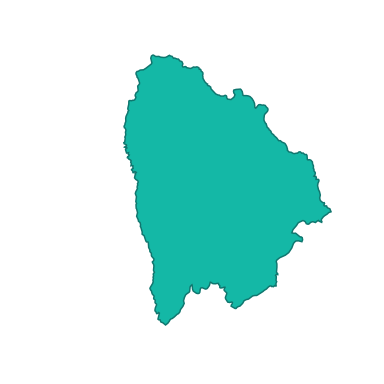 the district of Prata, Minas Gerais, Brazil, rotated 226°
{"feature_id": "56859067B48710486715982", "entity_name": "Prata", "entity_type": "district", "adm_level": 2, "iso_a3": "BRA", "parent_name": "Brazil", "parent_adm1": "Minas Gerais", "projection": "equal_earth", "projection_center": [-48.964, -19.276], "detail": "fine", "context": "isolated", "style": "filled", "palette": "teal", "viewbox_px": 384, "rotation_deg": 226, "n_neighbors": 0, "source": "geoboundaries", "source_scale": "gbopen_adm2", "svg_char_len": 6024}
<svg xmlns="http://www.w3.org/2000/svg" viewBox="0 0 384 384"><g transform="rotate(226 192 192)"><path d="M81.2,278.3L84.2,279.5L86.5,278.5L87.5,278.6L88.1,279.1L88.9,278.9L89.5,278.0L90.2,277.6L91.0,277.8L91.6,279.3L92.5,279.7L93.3,278.8L95.5,278.4L97.0,278.5L99.0,279.7L100.7,282.2L103.8,284.0L105.8,284.6L109.3,286.7L110.8,288.7L111.6,290.7L112.4,291.6L113.4,291.6L114.9,290.0L116.2,291.6L117.1,291.9L117.8,291.1L118.7,290.7L118.8,292.1L119.8,293.7L120.7,294.3L121.8,294.2L122.9,294.8L123.7,295.6L124.6,295.6L126.4,297.5L128.5,298.3L130.0,299.5L132.3,299.6L133.2,299.2L134.0,298.6L134.4,297.8L135.2,297.5L138.5,300.2L139.6,300.3L140.5,299.2L142.9,299.0L143.6,297.9L145.6,297.8L146.5,296.9L146.7,294.7L147.4,294.1L148.5,292.3L149.6,291.5L151.6,291.0L153.3,289.6L155.9,289.6L156.4,290.4L159.1,291.8L161.6,292.5L162.8,292.5L165.3,291.4L167.5,291.2L168.8,290.0L172.2,290.5L175.6,290.2L176.4,290.5L178.4,290.1L179.9,290.3L180.6,290.9L182.2,291.0L183.0,290.7L184.5,291.3L186.2,291.0L189.7,292.8L190.5,292.6L193.4,293.5L194.8,294.7L197.0,297.4L197.4,298.5L197.5,301.2L197.8,302.9L198.6,304.0L199.6,304.6L201.5,304.5L203.4,304.8L204.9,303.9L205.7,302.8L207.6,301.7L208.4,300.6L208.4,299.3L208.0,296.9L208.2,296.0L209.0,295.9L212.3,298.5L214.8,299.5L217.6,300.1L220.3,300.0L221.9,299.3L223.4,298.2L225.5,296.1L226.2,295.9L229.3,297.9L231.4,298.4L232.4,298.3L235.2,294.9L236.3,292.9L235.7,291.9L234.2,290.9L232.2,290.5L231.7,289.6L231.1,288.1L231.4,284.3L234.1,282.1L236.0,282.6L236.8,283.4L237.5,283.5L238.3,283.2L238.8,282.4L239.1,281.3L241.2,279.2L242.8,278.9L243.7,278.1L246.1,277.2L252.6,277.3L253.6,277.6L254.4,278.3L256.3,278.1L257.4,277.4L258.2,277.4L258.8,278.2L259.7,277.8L262.5,277.8L266.3,278.9L267.2,279.8L268.7,280.8L269.2,281.8L270.2,282.6L271.4,282.8L272.4,282.5L273.6,283.2L274.5,283.3L275.2,282.5L276.7,283.3L278.6,282.5L279.6,280.9L280.9,279.9L281.5,277.5L282.2,276.5L285.4,274.4L286.3,274.7L287.0,274.2L287.8,272.7L288.5,272.3L289.5,272.7L290.6,274.5L292.8,275.3L295.1,274.2L296.3,274.6L297.2,274.5L297.9,273.7L300.4,272.6L301.0,271.6L303.4,271.9L304.7,271.0L305.9,270.8L306.4,269.6L306.5,268.4L307.3,266.4L308.4,265.1L310.9,263.0L312.5,262.4L314.7,260.0L317.2,259.4L317.8,258.7L318.0,257.3L316.9,255.3L312.8,252.9L312.3,251.7L313.0,245.1L313.6,242.0L315.5,239.7L315.9,238.8L316.1,237.3L316.9,236.2L316.7,234.8L316.0,233.9L315.0,233.3L314.2,233.3L312.7,232.2L311.9,232.3L310.4,231.8L307.1,230.2L306.2,229.3L305.9,226.5L302.2,223.6L302.0,222.1L302.2,220.8L301.2,218.4L300.4,217.8L299.5,217.7L298.9,217.2L298.5,216.1L298.1,214.8L298.5,213.7L299.2,213.0L299.6,212.0L301.1,210.7L301.3,209.8L299.1,207.5L296.7,203.9L295.7,203.2L294.6,203.1L294.3,201.7L293.7,201.0L292.2,197.1L291.0,195.4L288.8,193.5L287.8,191.4L287.1,190.7L286.5,188.8L285.2,188.0L284.5,188.3L282.8,187.7L282.0,187.0L281.3,185.7L279.4,184.3L278.6,183.1L278.2,181.8L277.3,181.6L274.6,178.2L274.9,177.3L273.9,176.7L271.5,177.6L270.8,177.1L271.2,174.6L270.4,174.9L269.9,175.9L268.9,175.8L269.0,174.6L268.7,173.6L265.5,172.0L264.4,173.7L263.8,172.6L263.0,172.3L262.2,172.6L261.8,171.3L262.1,170.2L261.6,169.3L260.6,169.6L259.5,169.4L257.7,170.0L256.7,169.8L256.0,168.6L254.5,168.1L253.3,166.3L252.7,167.2L251.8,167.7L251.2,166.9L249.8,166.0L250.2,165.1L250.0,163.9L247.9,163.8L247.0,163.0L246.3,163.6L246.4,165.1L244.8,165.6L244.5,163.6L243.7,163.4L243.5,162.5L242.1,160.5L240.1,160.3L238.1,160.8L237.1,160.6L236.3,160.0L236.0,158.7L234.6,157.7L234.3,156.7L233.4,155.7L232.4,155.2L231.1,151.5L230.2,150.1L227.2,148.8L224.2,145.0L222.2,144.1L221.9,143.1L221.3,142.5L219.0,140.5L218.3,140.4L215.0,138.5L213.0,135.3L209.3,134.0L208.2,133.2L206.1,133.4L204.3,132.4L203.0,130.8L202.2,130.7L197.8,128.4L196.3,126.8L193.8,127.2L188.9,124.8L187.7,124.6L186.7,125.6L185.8,125.3L182.1,122.2L179.8,121.5L178.3,120.3L176.2,120.2L174.3,118.5L173.4,118.3L170.3,118.1L169.5,117.2L169.2,116.1L169.3,115.0L168.6,114.5L166.9,114.2L165.3,113.3L162.7,110.2L162.1,109.7L160.4,109.3L159.9,107.1L158.3,106.1L157.8,104.8L156.8,104.4L155.7,102.6L154.7,102.1L153.6,100.3L152.3,95.6L151.8,94.7L150.2,94.1L149.3,94.2L146.4,92.6L143.4,92.4L142.2,90.6L141.4,90.2L140.3,90.5L139.5,90.2L138.4,88.8L137.4,88.4L136.3,88.6L135.4,88.1L134.2,85.3L133.1,83.7L132.2,82.8L131.1,82.9L129.1,82.1L128.5,82.9L128.5,84.3L127.5,84.4L124.2,79.2L123.2,79.3L122.3,80.2L120.2,79.3L118.1,80.2L114.7,80.6L114.4,83.5L114.8,85.8L115.4,87.7L115.2,88.9L114.7,90.0L114.4,92.6L114.4,96.3L113.9,97.8L114.2,100.0L115.4,102.0L116.1,106.1L117.3,109.0L119.6,110.3L121.3,113.1L122.4,115.9L122.4,117.2L121.9,120.2L122.1,121.2L124.9,124.5L125.3,125.5L125.3,127.5L124.6,127.2L121.8,124.9L119.9,124.1L116.1,124.8L114.7,125.8L114.2,126.9L114.4,127.9L116.4,130.5L116.8,131.6L116.2,132.8L112.9,134.2L112.4,134.8L112.0,136.0L112.6,139.4L114.4,142.5L113.2,143.1L112.3,143.0L111.3,143.6L109.7,145.1L108.6,146.9L107.9,147.5L107.0,146.9L105.2,146.9L104.3,145.8L103.4,145.7L102.3,146.8L101.2,149.0L100.5,149.5L99.6,147.4L98.8,146.8L95.4,146.9L94.6,146.2L93.0,142.8L91.9,142.0L88.0,141.2L86.4,142.3L85.3,144.1L84.5,144.4L83.7,143.4L83.4,141.8L82.7,140.8L78.2,142.1L77.6,142.9L77.8,144.1L77.6,145.3L76.6,147.4L76.7,151.0L77.6,154.0L77.0,156.1L75.7,158.3L75.1,163.4L74.1,165.1L72.7,166.6L72.4,167.5L71.1,174.1L71.1,175.6L70.5,178.1L70.6,181.1L70.3,182.7L69.6,183.6L68.8,183.5L68.2,184.2L67.3,184.8L67.3,186.4L66.6,186.5L66.0,187.3L67.8,188.7L68.7,190.7L69.9,190.9L72.0,193.3L73.0,194.1L74.0,194.2L74.1,195.4L73.0,196.3L73.9,197.0L74.9,196.9L75.7,197.1L78.9,200.8L81.3,203.1L83.5,204.3L84.1,205.6L83.8,209.4L81.7,215.3L81.2,219.5L82.4,224.9L84.5,229.3L84.7,231.7L84.5,232.8L82.9,234.7L79.9,236.5L80.7,238.3L82.6,239.6L83.7,239.4L84.3,238.8L85.2,238.5L90.4,237.9L91.7,236.4L93.3,235.5L94.7,238.3L94.9,239.6L95.3,243.9L96.0,246.6L95.8,248.0L94.4,252.0L93.0,252.6L91.9,252.8L89.8,252.2L88.6,252.8L87.8,253.7L87.7,256.4L86.7,258.3L84.3,259.6L84.1,262.2L83.7,263.2L82.8,263.1L80.1,264.2L80.5,264.9L81.7,265.2L82.5,266.3L82.9,269.2L82.8,271.0L82.2,273.9L82.2,276.0L81.2,278.3Z" fill="#14b8a6" stroke="#0f766e" stroke-width="1.5"/></g></svg>